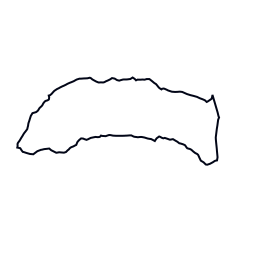 outline of West Mugirango, Nyanza, Kenya, rotated 114°
{"feature_id": "3690345B36875351103563", "entity_name": "West Mugirango", "entity_type": "district", "adm_level": 2, "iso_a3": "KEN", "parent_name": "Kenya", "parent_adm1": "Nyanza", "projection": "robinson", "projection_center": [34.939, -0.572], "detail": "fine", "context": "isolated", "style": "outline", "palette": "ink", "viewbox_px": 256, "rotation_deg": 114, "n_neighbors": 0, "source": "geoboundaries", "source_scale": "gbopen_adm2", "svg_char_len": 3545}
<svg xmlns="http://www.w3.org/2000/svg" viewBox="0 0 256 256"><g transform="rotate(114 128 128)"><path d="M130.0,109.1L129.6,105.7L129.1,103.7L128.7,102.4L128.8,100.4L129.0,98.2L127.6,98.0L125.7,97.6L123.1,96.1L123.0,94.8L123.2,93.3L123.1,91.6L122.6,91.0L122.1,90.4L121.9,88.4L121.8,87.3L121.7,85.7L121.6,84.9L120.8,83.7L119.9,82.4L120.0,81.5L120.3,79.2L120.4,78.1L120.5,77.2L121.1,74.9L120.8,73.8L120.6,72.1L120.5,71.1L120.5,69.1L121.0,68.1L121.9,66.7L122.4,65.6L122.2,64.0L122.0,63.1L122.1,61.3L122.9,58.9L123.5,56.5L123.6,54.4L123.8,53.6L124.1,52.9L126.0,50.8L128.2,48.2L128.6,45.0L129.7,42.1L129.3,40.7L128.4,39.7L127.3,38.5L126.5,37.9L124.7,36.5L122.9,35.4L122.2,34.7L121.4,33.5L118.3,34.3L112.8,37.4L110.6,38.6L105.9,41.3L102.7,43.1L100.9,44.0L97.6,45.0L92.7,46.5L89.6,47.3L83.8,49.0L81.3,49.1L80.8,49.7L80.3,50.2L77.4,52.4L63.4,64.3L64.9,63.9L67.3,63.5L70.1,65.2L71.5,66.1L72.2,66.7L71.4,69.0L71.4,71.6L71.6,74.6L71.5,77.6L71.8,79.6L72.0,81.1L72.2,82.2L72.6,84.4L72.7,85.3L73.0,88.0L73.0,90.6L73.0,93.1L73.7,95.4L74.8,97.4L75.9,99.6L77.0,102.7L77.3,105.6L77.4,106.6L77.3,108.0L77.3,110.4L77.4,111.4L78.3,112.8L79.1,113.1L79.0,114.1L78.7,115.7L78.1,117.1L77.5,118.2L76.8,119.6L76.5,120.2L76.2,122.3L75.4,125.1L74.6,128.3L75.6,130.7L77.1,132.5L77.8,134.4L78.8,136.3L79.9,138.9L81.2,140.1L80.6,141.4L80.3,142.5L80.0,144.3L82.3,145.8L84.0,148.6L85.4,151.6L85.7,152.2L86.9,153.7L88.3,155.3L88.7,157.5L88.3,160.3L88.9,162.9L90.7,164.0L92.4,165.4L93.3,166.2L94.1,167.0L95.7,168.2L96.5,169.2L97.3,171.2L98.4,173.4L98.5,175.8L98.3,178.4L98.2,179.5L98.1,180.4L97.6,182.0L97.6,183.3L99.1,185.3L100.1,187.3L100.9,188.9L102.2,191.3L102.6,192.3L104.5,194.5L105.5,195.3L107.3,196.6L109.0,198.2L109.8,199.0L110.5,199.7L112.3,201.3L113.8,202.4L115.7,204.0L116.4,204.7L117.1,205.3L118.8,206.7L119.8,207.4L121.3,208.7L122.9,209.7L124.0,210.4L125.7,211.0L128.0,211.7L129.8,212.6L130.6,213.6L132.2,212.4L134.1,211.9L134.8,212.3L135.5,212.8L136.6,214.1L137.4,214.7L138.0,214.9L139.9,215.4L142.0,215.5L143.1,215.8L144.5,216.4L145.6,216.9L147.6,217.2L148.6,217.3L149.3,217.6L150.7,218.3L151.2,218.8L151.7,219.4L153.3,221.3L155.7,221.6L156.4,221.7L157.4,221.6L159.2,221.4L161.6,221.1L162.7,221.0L163.3,221.0L165.0,220.7L165.9,220.4L166.6,220.2L168.5,219.9L169.4,219.7L170.1,219.6L171.8,220.0L172.8,220.2L173.5,220.4L175.1,220.8L176.5,221.0L177.7,221.1L179.1,221.3L180.3,221.5L182.2,221.7L183.8,221.9L185.0,222.2L186.6,222.5L187.6,222.4L189.2,221.6L189.8,221.4L190.9,221.2L190.3,218.2L191.7,216.1L192.6,214.4L192.4,213.5L192.3,212.6L192.1,210.6L191.6,207.0L190.5,203.8L189.5,203.3L187.2,202.0L186.1,201.4L184.0,199.3L183.3,198.6L182.9,197.9L181.4,196.0L180.0,193.6L178.8,191.6L179.5,189.3L179.6,188.1L179.6,187.4L179.8,183.5L179.0,182.2L178.2,181.1L177.3,178.5L176.6,176.5L175.2,174.9L174.4,174.6L172.8,174.0L171.8,173.4L170.3,173.0L169.5,172.6L168.7,172.1L167.0,170.4L165.4,169.2L164.5,168.4L162.3,168.5L161.5,168.5L160.9,168.4L159.4,167.9L158.6,167.6L158.0,167.3L156.6,166.6L156.3,165.8L155.9,164.7L155.9,163.2L155.8,162.4L155.7,161.1L154.4,159.8L153.5,159.1L152.2,158.0L150.9,156.2L149.4,154.1L148.7,152.0L148.0,150.7L147.3,150.0L145.9,149.6L145.8,148.5L145.2,146.9L144.5,145.0L143.7,144.2L142.4,142.8L142.0,142.2L141.6,141.1L141.3,139.7L141.1,138.7L140.8,137.9L139.9,135.5L139.3,134.2L138.5,132.4L138.2,131.8L137.8,130.9L137.0,129.1L136.0,127.1L135.4,125.9L134.2,123.7L133.4,122.0L133.5,120.0L133.5,119.1L133.3,118.1L132.8,116.6L132.6,115.7L132.3,115.0L131.4,113.5L130.9,112.5L130.6,111.7L130.0,109.1Z" fill="none" stroke="#020617" stroke-width="2"/></g></svg>